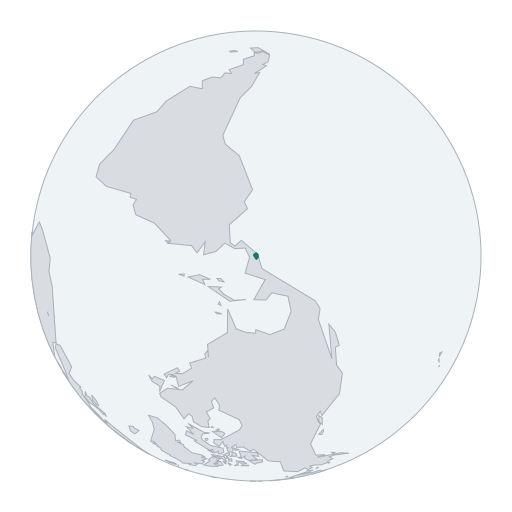 globe centered on Guanacaste, rotated 191°
{"feature_id": "CRI-1334", "entity_name": "Guanacaste", "entity_type": "Province", "adm_level": 1, "iso_a3": "CRI", "parent_name": "Costa Rica", "parent_adm1": "", "projection": "orthographic", "projection_center": [-85.354, 10.467], "detail": "fine", "context": "on_globe", "style": "filled", "palette": "teal", "viewbox_px": 512, "rotation_deg": 191, "n_neighbors": 0, "source": "natural_earth", "source_scale": "10m", "svg_char_len": 9082}
<svg xmlns="http://www.w3.org/2000/svg" viewBox="0 0 512 512"><g transform="rotate(191 256 256)"><circle cx="256" cy="256" r="225" fill="#eef3f6" stroke="#a8b0b8"/><path d="M283.8,264.1L278.5,261.8L273.4,268.6L254.8,258.1L247.8,244.8L189.4,223.4L183.1,216.5L182.7,205.6L161.9,169.6L171.5,203.1L163.7,196.5L157.2,184.4L160.7,181.6L156.1,164.3L148.9,157.7L147.8,136.9L160.8,112.0L163.2,115.9L166.1,110.1L163.2,105.2L160.6,103.4L166.6,82.1L159.4,71.9L150.2,74.2L157.7,69.9L135.5,79.0L127.1,80.2L140.9,75.7L145.6,72.9L142.0,71.7L146.1,68.7L146.8,66.7L152.0,63.5L159.6,61.8L163.1,60.0L160.4,59.3L163.9,56.3L167.4,57.4L173.9,52.3L187.8,50.3L192.8,58.6L204.9,57.2L221.4,65.9L224.2,63.4L232.2,66.1L238.5,64.4L239.7,67.2L243.6,63.5L241.2,61.4L242.1,59.2L245.5,58.3L247.8,61.4L246.4,62.3L248.9,62.8L248.5,64.9L250.6,63.3L253.0,67.6L255.8,62.1L261.9,64.5L262.1,67.8L255.4,69.0L239.1,82.1L237.2,87.0L241.2,92.1L262.9,97.6L263.6,102.9L269.4,108.9L272.1,104.8L268.5,98.8L275.0,93.5L269.9,87.5L271.8,84.8L269.2,78.7L276.8,78.2L285.6,81.2L288.2,86.5L292.1,88.2L295.5,82.4L305.9,92.4L322.5,99.7L324.4,102.9L317.6,109.4L302.8,110.5L293.9,121.6L307.0,113.3L311.5,122.5L315.4,123.8L319.4,123.0L320.5,119.3L323.6,122.5L311.8,131.3L308.9,128.4L312.6,125.5L305.7,126.4L297.8,133.6L300.7,138.3L285.7,146.2L287.6,149.9L285.3,154.2L283.3,147.5L286.7,160.0L269.5,175.3L273.7,198.5L261.6,180.9L252.5,179.2L241.6,180.0L242.1,183.7L227.1,181.4L214.4,189.7L210.9,208.4L217.0,222.6L233.5,222.8L237.9,214.7L249.8,212.7L242.5,234.6L263.4,237.1L262.0,253.5L268.2,261.7L278.4,259.2L289.0,262.7L296.1,252.9L307.7,247.1L308.5,260.3L314.5,247.9L321.3,253.9L344.2,251.7L342.6,254.8L361.9,268.8L381.8,273.6L386.4,282.6L384.1,288.8L390.7,289.7L390.8,293.6L416.1,295.8L428.1,303.2L427.0,316.5L415.7,333.4L402.2,365.9L381.0,378.6L373.5,391.2L353.3,409.9L340.7,409.9L342.1,417.8L333.4,423.2L324.6,424.2L321.3,429.9L314.8,430.5L317.9,433.8L304.9,441.4L305.9,446.7L295.8,452.4L296.7,455.3L293.7,455.3L290.0,456.6L288.9,458.2L280.9,455.8L281.2,449.0L285.9,445.3L282.1,444.8L292.4,434.8L287.4,437.0L292.6,421.7L301.7,408.3L311.6,368.1L307.6,360.0L291.4,351.1L272.0,320.3L277.9,307.0L273.4,300.9L288.2,281.5L283.8,264.1ZM55.3,197.2L56.8,192.1L57.2,195.6L55.3,197.2ZM56.9,188.8L56.5,190.6L56.6,189.1L56.9,188.8ZM56.4,187.7L56.7,188.5L56.1,188.1L56.4,187.7ZM55.5,186.8L56.1,187.0L55.9,187.2L55.5,186.8ZM273.1,206.6L297.0,216.9L284.0,218.9L286.4,216.7L280.2,212.3L268.9,208.4L257.4,211.4L273.1,206.6ZM54.9,183.8L54.9,182.9L55.5,182.7L54.9,183.8ZM282.4,193.2L278.3,192.5L282.3,192.2L282.4,193.2ZM158.8,103.3L162.7,105.5L163.8,111.4L160.1,109.8L158.8,103.3ZM157.4,93.3L160.4,93.0L156.9,98.5L156.3,96.9L157.4,93.3ZM142.6,77.0L145.0,77.6L141.3,78.2L142.6,77.0ZM146.0,67.0L144.0,67.9L145.1,66.5L146.0,67.0ZM265.2,79.5L267.2,79.1L266.6,80.4L265.2,79.5ZM262.2,77.4L260.2,79.2L258.5,78.5L259.8,77.4L262.2,77.4ZM154.2,60.5L156.7,58.4L155.5,60.2L154.2,60.5ZM265.1,75.4L255.7,77.1L252.7,75.9L255.1,70.9L265.1,75.4ZM159.0,57.0L164.9,52.5L161.0,53.9L175.4,48.0L165.6,53.4L164.7,55.2L162.5,55.4L159.0,57.0ZM239.0,61.2L241.6,63.4L236.2,62.6L239.0,61.2ZM235.3,61.3L217.4,63.1L215.1,59.8L221.6,59.6L216.1,56.6L223.8,54.0L228.6,55.1L228.5,57.6L231.5,54.8L235.3,61.3ZM182.4,45.9L185.0,44.8L183.7,45.7L182.4,45.9ZM242.0,58.3L238.6,58.8L236.4,55.9L242.9,54.5L241.5,55.8L242.0,58.3ZM210.9,57.3L210.4,55.1L216.5,52.4L217.2,51.3L223.8,53.7L210.9,57.3ZM243.8,56.0L246.2,54.0L250.4,54.5L245.2,57.8L243.8,56.0ZM233.1,55.8L232.4,54.5L234.9,54.7L233.1,55.8ZM266.5,56.3L262.5,56.4L261.0,54.8L266.5,56.3ZM246.8,53.2L245.4,53.0L244.4,52.5L246.8,51.4L246.8,53.2ZM227.7,51.8L230.3,51.2L225.2,50.6L229.6,48.9L233.3,51.0L233.5,49.3L234.9,48.9L236.4,51.2L227.7,51.8ZM246.1,48.9L252.3,51.6L260.1,51.4L261.6,52.7L248.7,52.8L246.1,48.9ZM240.3,50.0L244.2,49.5L244.1,51.1L241.3,52.4L240.3,50.0ZM231.3,47.1L223.6,49.2L223.1,48.7L231.3,47.1ZM248.4,48.5L246.9,47.9L249.0,48.3L248.4,48.5ZM236.6,47.1L233.9,47.8L233.4,47.2L236.6,47.1ZM246.0,46.3L248.0,47.1L246.2,47.9L246.0,46.3ZM241.7,46.4L241.6,45.5L244.3,47.7L240.6,46.8L241.7,46.4ZM236.5,46.4L235.3,46.3L237.7,46.2L236.5,46.4ZM251.8,43.2L255.7,45.9L251.6,47.5L248.4,44.6L251.8,43.2ZM293.6,460.9L281.2,456.8L288.5,458.7L295.3,455.9L301.2,459.0L293.6,460.9ZM312.9,453.3L319.8,451.3L320.9,452.0L316.4,453.6L312.9,453.3ZM413.8,95.2L411.5,93.1L416.3,97.8L418.6,100.1L423.5,105.3L416.6,98.9L420.5,105.5L435.4,127.6L435.6,131.7L431.2,130.8L415.8,112.1L417.1,105.1L411.6,99.5L402.8,93.9L404.0,92.7L400.5,89.9L400.2,87.5L391.3,78.8L389.7,76.4L378.1,68.5L375.6,66.4L383.2,71.5L387.6,74.1L382.6,69.7L398.8,81.7L413.8,95.2ZM360.6,56.5L361.5,57.0L353.2,52.9L344.7,48.9L342.5,48.1L356.4,54.8L361.5,57.4L365.0,59.0L379.2,67.7L382.7,70.4L369.9,63.1L373.4,66.6L361.9,60.3L331.2,44.5L322.6,41.0L324.0,41.2L342.7,48.1L360.6,56.5ZM199.4,37.9L189.4,40.9L183.6,42.8L177.0,45.7L177.7,45.7L181.6,44.3L175.4,48.0L161.0,53.9L160.2,53.7L151.8,58.1L151.0,57.3L146.5,59.3L149.0,57.8L158.0,53.1L158.5,52.9L158.2,53.1L178.4,44.5L199.4,37.9ZM480.5,237.1L479.9,232.0L479.8,233.2L475.2,248.1L470.6,241.0L457.6,214.7L456.2,201.0L450.3,187.4L435.7,132.6L438.9,132.4L434.4,118.8L435.0,119.3L442.3,129.4L442.8,130.1L451.5,144.0L459.1,158.5L465.6,173.5L471.1,189.0L475.4,204.8L478.5,220.8L480.5,237.1ZM448.0,157.4L450.2,161.5L448.0,157.4ZM344.9,251.5L347.7,253.8L344.1,254.2L344.9,251.5ZM282.5,224.4L287.4,224.5L290.1,226.4L286.4,227.2L282.5,224.4ZM322.9,222.5L328.4,223.3L322.8,224.7L322.9,222.5ZM300.6,218.2L318.6,222.4L307.8,226.9L296.4,224.4L304.1,222.9L300.6,218.2ZM280.8,200.8L283.9,201.6L283.2,204.1L280.8,200.8ZM285.3,193.1L284.1,193.3L282.4,191.4L285.3,193.1ZM312.2,121.9L313.3,121.3L317.5,121.4L315.9,123.0L312.2,121.9ZM334.1,113.1L338.6,118.6L334.3,115.6L332.9,118.5L322.1,116.3L324.8,104.4L325.5,110.0L334.1,113.1ZM308.4,111.0L314.9,113.1L307.6,111.3L308.4,111.0ZM381.9,79.2L384.5,79.8L388.8,83.3L390.7,88.2L384.7,83.0L381.9,79.2ZM387.3,80.0L374.0,72.5L372.2,69.7L375.5,72.4L375.6,71.3L380.9,75.5L392.2,81.0L396.7,84.6L397.9,90.6L395.1,86.4L392.7,85.8L387.3,80.0ZM343.2,64.1L337.4,62.4L341.0,58.3L346.0,60.4L348.3,65.0L343.8,65.2L343.2,64.1ZM271.2,66.9L268.8,67.7L268.1,66.6L269.7,65.1L271.2,66.9ZM264.8,56.5L281.2,62.7L279.3,63.8L291.3,67.0L290.8,71.3L283.0,68.9L291.6,75.1L284.4,74.7L290.8,78.7L273.6,73.0L267.5,73.4L274.5,71.2L275.1,67.1L273.6,65.4L264.5,61.4L251.6,61.0L250.2,57.5L252.6,55.1L255.5,54.7L255.5,57.0L259.3,54.8L261.6,57.8L264.8,56.5ZM281.7,38.5L280.6,39.8L288.6,38.8L290.9,40.6L291.7,40.4L296.0,42.0L302.7,43.8L302.7,44.7L305.3,45.0L308.2,46.3L311.7,47.2L313.0,49.4L317.4,50.8L315.6,51.0L322.8,53.0L318.0,52.6L321.3,54.7L324.2,54.0L322.8,66.4L325.9,73.0L331.1,79.1L322.2,78.4L311.6,72.6L301.5,65.3L299.8,59.5L296.0,60.6L294.1,58.3L297.9,58.4L290.9,56.9L290.4,55.2L281.4,50.6L271.7,50.4L268.2,49.1L271.7,48.3L265.7,47.6L269.9,45.3L267.5,44.5L269.2,41.7L277.4,41.3L274.0,40.4L275.2,38.7L281.7,38.5ZM252.6,42.4L261.8,40.7L267.5,41.1L262.1,45.8L263.8,46.9L260.5,50.6L252.2,50.2L253.9,49.1L253.6,48.0L256.3,48.5L253.9,47.3L256.2,45.9L254.9,44.6L258.3,44.3L252.6,42.4ZM431.9,115.2L431.5,114.8L431.4,114.7L431.9,115.2ZM425.8,108.9L424.9,107.6L430.0,113.3L430.3,114.0L425.8,108.9ZM420.2,102.4L424.5,107.1L422.4,105.0L420.2,102.4ZM381.9,70.3L380.5,69.0L382.0,70.0L384.8,71.9L381.9,70.3ZM306.2,38.3L304.6,38.4L303.1,38.0L296.3,37.3L294.0,36.3L297.3,36.3L306.2,38.3ZM302.6,37.0L300.0,36.8L300.5,36.5L302.6,37.0ZM292.0,35.6L291.9,35.1L293.0,36.1L292.0,35.6ZM255.9,30.7L258.3,30.8L255.2,30.8L252.1,30.8L252.6,30.7L255.9,30.7ZM280.9,32.6L284.6,33.0L284.1,33.1L280.9,32.6ZM183.4,45.0L184.8,44.8L182.3,45.7L183.4,45.0ZM207.3,36.1L210.9,35.3L207.9,36.1L207.3,36.1ZM218.6,33.8L218.8,33.8L212.7,35.0L215.9,34.3L218.6,33.8Z" fill="#d9dde1" stroke="#a8b0b8" stroke-width="1"/><path d="M255.1,253.1L255.3,253.2L255.4,253.3L255.8,253.5L256.3,253.6L256.5,253.7L256.4,253.7L256.2,253.9L255.9,254.2L255.7,254.2L255.7,254.3L255.9,254.5L256.0,254.6L256.3,254.9L256.5,254.8L256.8,254.9L256.9,255.0L257.0,255.0L257.3,255.1L257.4,255.3L257.5,255.4L257.5,255.5L257.9,255.7L258.2,255.9L258.3,256.1L258.2,256.3L258.3,256.4L258.3,256.5L258.2,256.6L257.9,256.6L257.9,256.8L257.8,257.0L257.7,257.2L257.7,257.3L257.5,257.2L257.4,257.2L257.2,257.2L256.7,257.2L256.5,256.9L256.4,256.8L256.3,256.7L256.3,256.8L256.4,257.0L256.4,257.3L256.5,257.3L256.4,257.4L256.5,257.5L256.8,257.7L256.7,257.7L256.7,257.8L256.5,258.0L256.4,258.0L256.2,258.1L256.3,258.2L256.5,258.2L256.6,258.3L256.7,258.5L256.6,258.8L256.4,258.9L256.3,258.7L256.2,258.6L255.7,258.4L255.4,258.4L255.1,258.3L254.9,258.2L254.4,257.5L254.3,257.4L254.1,256.9L254.1,256.7L254.0,256.4L254.2,256.2L254.3,256.2L254.3,255.9L254.2,255.9L254.3,255.9L254.2,255.8L254.3,255.8L254.3,255.7L254.5,255.7L254.8,255.5L254.9,255.4L254.7,255.5L254.7,255.4L254.8,255.3L254.7,255.3L254.8,255.3L254.8,255.2L254.7,255.2L254.8,255.2L254.8,254.8L254.7,254.7L254.4,254.7L254.2,254.5L254.0,254.4L253.9,254.4L253.7,254.3L253.8,254.3L254.0,254.2L254.3,254.3L254.3,254.2L254.5,254.1L254.6,253.9L254.6,253.7L254.6,253.8L254.8,253.7L254.7,253.6L254.8,253.4L254.9,253.1L255.1,253.1Z" fill="#14b8a6" stroke="#0f766e" stroke-width="1.5"/></g></svg>